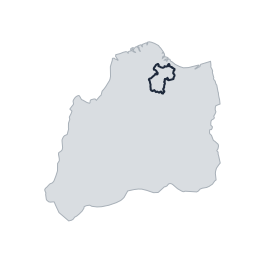 Edo on a map of Nigeria (Mercator projection), rotated 166°
{"feature_id": "NGA-2861", "entity_name": "Edo", "entity_type": "State", "adm_level": 1, "iso_a3": "NGA", "parent_name": "Nigeria", "parent_adm1": "", "projection": "mercator", "projection_center": [5.875, 6.657], "detail": "fine", "context": "in_parent", "style": "outline", "palette": "slate", "viewbox_px": 256, "rotation_deg": 166, "n_neighbors": 0, "source": "natural_earth", "source_scale": "10m", "svg_char_len": 5666}
<svg xmlns="http://www.w3.org/2000/svg" viewBox="0 0 256 256"><g transform="rotate(166 128 128)"><path d="M208.0,52.2L215.4,62.6L216.9,70.3L217.5,74.1L218.8,74.5L221.1,74.8L222.7,75.5L223.7,76.8L224.4,77.9L224.5,78.6L224.0,83.3L223.4,84.9L223.8,87.2L223.7,88.2L223.4,88.8L222.4,89.6L221.0,90.3L217.6,92.5L216.7,92.8L215.3,92.9L214.1,93.4L212.6,94.6L209.5,99.0L206.8,103.4L204.9,110.6L202.6,112.8L202.1,114.8L201.8,119.2L201.4,120.5L201.0,120.9L198.5,121.8L197.1,122.8L196.2,124.8L195.1,131.6L194.7,132.7L193.8,133.9L192.6,135.2L191.4,135.9L188.6,136.4L185.8,141.5L185.8,142.4L184.6,147.0L182.4,150.5L182.3,152.8L179.6,155.9L178.3,158.0L179.7,160.1L179.8,160.5L175.2,164.2L175.0,164.8L174.8,167.3L174.4,168.0L173.6,168.9L172.4,170.0L171.1,170.8L169.7,171.3L168.3,171.5L167.6,171.2L167.2,170.4L166.4,167.3L166.0,166.6L165.1,166.0L161.6,162.6L159.5,161.4L159.1,161.5L158.7,161.8L158.1,163.5L157.5,164.2L156.4,164.4L154.4,164.4L153.0,164.2L152.7,163.8L152.0,162.5L147.7,165.6L146.2,166.3L144.2,170.0L141.5,171.9L139.6,173.5L134.5,178.5L133.5,180.0L132.5,182.2L130.3,191.7L126.8,197.6L126.4,198.9L126.2,198.8L125.7,199.4L124.4,199.0L123.8,197.9L122.9,197.7L121.5,196.1L121.2,196.4L122.7,200.5L122.1,202.1L117.8,202.1L114.2,202.6L111.6,202.6L110.4,202.0L109.8,200.5L109.6,200.6L109.5,201.5L108.7,202.1L105.8,202.2L104.6,201.2L103.6,200.0L102.5,199.5L102.6,200.0L103.9,201.1L103.7,202.8L101.4,204.7L100.0,204.8L99.1,204.0L98.6,202.6L98.4,200.7L97.8,199.4L97.5,199.4L97.9,201.5L97.9,203.5L99.0,205.1L97.3,205.5L95.3,205.6L95.0,205.0L94.8,203.7L94.4,203.4L94.0,205.6L89.9,206.2L89.3,206.1L89.2,205.7L89.5,205.1L89.4,204.1L88.5,204.9L88.4,206.4L87.9,206.6L86.3,206.4L84.6,205.6L81.8,203.7L78.4,200.6L77.9,199.2L76.9,197.5L75.1,192.8L75.4,192.6L76.2,192.8L76.6,192.4L75.2,192.1L74.9,191.7L74.8,190.7L74.9,189.4L77.0,188.8L77.5,188.0L77.8,187.2L75.1,188.4L72.7,187.0L72.1,186.2L72.4,185.6L75.3,185.6L76.3,185.0L75.7,184.8L74.6,184.8L74.2,184.4L74.2,183.4L73.8,183.6L73.4,184.5L71.7,185.1L70.7,184.5L70.6,183.1L70.4,182.4L69.6,182.0L66.7,178.2L63.0,175.1L59.7,173.0L54.8,172.0L44.5,172.0L43.9,171.7L44.5,171.2L45.4,170.9L48.7,169.2L48.2,168.9L44.7,170.0L43.5,170.1L42.0,172.2L31.8,172.7L31.9,171.7L32.3,169.0L32.9,167.1L32.3,164.8L32.1,162.7L32.5,162.1L32.7,161.3L32.6,156.0L33.1,155.2L33.1,154.6L32.1,152.4L32.1,150.6L31.9,148.9L31.5,148.2L31.9,141.6L31.8,140.0L32.1,138.9L32.3,136.1L32.3,133.3L32.9,129.0L37.3,128.4L38.4,126.7L39.0,124.5L38.8,122.4L40.2,120.5L41.9,118.8L41.8,117.0L42.3,116.4L43.1,116.0L44.3,115.8L45.6,114.9L46.3,113.3L47.0,110.7L45.9,109.0L45.9,108.6L46.3,107.6L47.0,106.7L47.6,106.3L48.8,106.6L49.3,106.2L50.1,103.4L50.0,102.6L48.8,100.7L48.2,95.6L47.8,95.0L46.9,94.0L44.5,90.4L44.5,88.7L45.5,86.5L46.2,85.5L47.1,84.9L47.3,84.4L47.0,83.8L46.6,83.3L46.5,82.3L46.9,80.9L46.8,79.4L47.0,71.7L49.0,70.2L51.9,67.6L53.4,65.0L54.2,63.0L55.1,56.3L56.7,55.6L59.6,53.1L63.5,51.7L66.1,51.3L70.5,51.6L72.8,51.3L74.8,50.0L75.6,49.6L76.9,49.4L88.0,52.9L89.1,52.7L89.9,52.9L91.3,53.9L94.6,57.1L98.1,62.1L99.1,63.2L100.2,63.8L101.3,64.0L102.1,63.9L102.9,63.4L104.0,62.5L105.7,62.0L107.0,62.1L114.0,58.3L114.6,58.2L118.9,59.1L124.8,62.9L129.5,65.4L132.9,66.3L136.8,66.8L143.5,67.0L148.6,61.6L150.4,60.5L152.7,59.4L157.4,58.4L165.2,57.7L172.5,58.0L177.1,58.9L181.9,60.7L183.9,62.4L187.2,62.7L189.5,62.3L190.3,60.7L192.6,58.5L196.1,56.4L199.0,55.0L201.3,54.4L203.4,52.7L205.1,52.2L208.0,52.2ZM106.1,204.3L104.5,204.8L103.5,204.7L104.9,202.6L105.6,203.0L106.5,203.2L106.1,204.3Z" fill="#d9dde1" stroke="#a8b0b8" stroke-width="1"/><path d="M96.0,170.0L95.5,170.6L95.0,170.7L94.5,170.6L93.9,170.6L92.9,171.1L90.9,172.2L89.4,172.9L89.0,173.1L88.3,174.0L87.9,174.0L87.5,173.5L87.1,173.0L86.6,173.0L86.2,173.3L86.0,173.8L85.9,174.4L86.4,175.3L86.5,175.8L86.7,176.5L87.2,177.3L88.1,178.2L88.4,178.3L88.7,178.4L88.7,179.1L88.5,179.7L87.8,180.5L86.9,181.1L86.2,181.9L85.4,182.5L83.8,182.9L83.5,182.9L83.3,182.8L83.2,182.5L83.3,182.3L83.2,182.1L83.0,181.8L83.3,181.2L83.4,180.6L82.9,180.3L82.4,180.0L81.5,179.0L79.6,178.0L78.6,178.1L77.7,178.6L77.6,178.8L77.5,179.0L77.3,178.9L77.0,178.8L76.4,178.4L75.8,178.3L75.3,178.4L74.3,178.3L74.1,178.7L74.2,179.3L73.3,180.1L73.0,180.2L72.6,180.0L72.5,179.1L72.7,178.0L71.9,177.1L70.8,176.6L70.8,176.1L70.5,175.6L70.3,175.5L70.1,175.4L69.9,175.4L69.7,175.1L69.4,174.7L69.0,174.4L68.7,174.2L68.6,173.9L68.8,173.6L68.9,173.1L69.1,172.8L69.5,172.7L69.9,172.4L70.1,172.0L70.2,171.6L70.5,171.2L70.9,170.3L70.6,169.4L70.3,169.0L70.2,168.9L70.1,168.3L70.1,168.1L70.2,167.5L70.4,167.2L70.9,166.6L71.5,166.0L71.7,165.6L71.9,165.2L71.9,164.8L72.1,164.6L72.4,164.5L76.9,164.5L77.7,165.1L77.4,165.5L77.2,165.9L77.6,167.0L78.0,166.9L78.8,166.3L79.3,166.3L79.5,166.5L80.0,166.6L80.3,166.6L80.4,166.4L80.7,166.0L80.8,165.8L80.9,164.8L81.1,164.4L81.5,164.3L81.5,164.0L81.5,163.9L81.7,163.7L81.4,163.1L81.4,162.5L81.6,161.9L82.0,161.4L82.3,161.2L82.4,160.8L83.1,159.1L83.1,158.9L83.1,158.7L83.4,158.3L83.8,157.9L84.1,157.8L84.3,157.5L84.5,157.0L84.4,156.6L84.3,156.4L84.2,155.9L84.4,155.5L84.3,155.3L83.9,154.9L84.0,154.4L84.2,154.2L84.7,154.1L84.9,154.0L85.2,153.6L85.5,153.1L85.8,153.2L86.1,153.1L86.4,153.3L86.3,153.6L86.9,153.8L87.0,154.2L86.8,154.9L87.2,155.4L87.9,155.4L88.7,155.1L89.0,154.9L89.3,154.8L89.5,155.1L89.7,155.3L90.3,155.7L90.7,156.2L91.1,156.3L91.7,156.1L92.1,156.1L92.5,156.5L92.8,157.4L93.0,157.7L93.1,158.0L93.3,158.3L94.1,158.2L94.8,157.9L95.2,157.9L95.5,158.0L95.6,158.3L95.7,158.5L95.9,158.7L96.3,158.8L96.6,159.5L96.7,160.0L96.6,160.3L96.4,160.9L96.4,161.7L96.2,162.1L96.2,162.3L96.2,163.0L95.8,164.0L95.6,164.7L95.6,164.9L95.7,165.8L95.6,167.9L95.6,168.6L96.0,169.5L96.0,170.0Z" fill="none" stroke="#1e293b" stroke-width="2"/></g></svg>